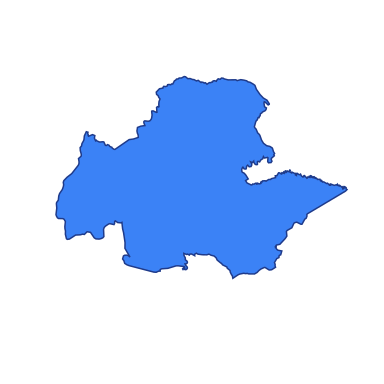 the district of Aketi, Orientale, Democratic Republic of the Congo, rotated 326°
{"feature_id": "63176286B77771623677962", "entity_name": "Aketi", "entity_type": "district", "adm_level": 2, "iso_a3": "COD", "parent_name": "Democratic Republic of the Congo", "parent_adm1": "Orientale", "projection": "robinson", "projection_center": [24.045, 2.924], "detail": "fine", "context": "isolated", "style": "filled", "palette": "blue", "viewbox_px": 384, "rotation_deg": 326, "n_neighbors": 0, "source": "geoboundaries", "source_scale": "gbopen_adm2", "svg_char_len": 6074}
<svg xmlns="http://www.w3.org/2000/svg" viewBox="0 0 384 384"><g transform="rotate(326 192 192)"><path d="M291.1,123.5L284.7,119.3L282.0,116.3L281.5,115.1L280.1,114.0L278.4,114.3L277.0,112.8L274.7,113.3L274.1,113.8L272.9,112.3L271.6,111.7L270.4,112.3L269.7,111.8L268.8,111.9L267.5,111.0L264.7,111.0L264.2,108.9L263.0,108.5L262.9,107.8L261.5,106.2L260.7,106.3L259.6,102.9L257.8,102.4L256.5,99.9L255.6,99.3L253.8,96.8L251.9,95.7L251.1,92.9L250.1,91.9L247.0,91.6L245.1,90.3L243.8,90.5L242.3,89.7L241.0,90.1L239.6,90.0L236.5,91.7L235.5,91.0L234.3,91.2L233.1,90.0L231.8,89.4L230.8,90.2L230.0,90.1L229.0,89.8L227.7,88.6L226.5,89.0L226.0,89.6L222.8,88.2L218.2,89.2L217.2,91.3L217.8,93.1L217.4,94.8L217.5,97.0L215.2,98.6L213.5,100.7L212.3,102.8L211.9,102.9L211.1,101.9L209.9,102.1L207.5,106.3L207.0,106.1L205.2,103.1L204.1,102.4L203.6,102.7L201.9,105.9L200.1,107.9L199.0,108.8L197.5,109.3L196.6,109.4L195.2,108.8L192.6,106.6L191.7,106.6L191.2,107.0L190.7,108.0L190.1,110.6L186.4,108.8L182.9,108.0L180.5,110.6L179.6,112.7L179.3,114.5L178.0,116.7L173.0,115.3L169.2,113.4L151.9,113.6L151.1,112.8L150.4,110.8L150.6,110.2L149.3,108.2L149.4,107.0L149.0,106.3L148.5,105.5L147.1,105.6L146.3,104.9L146.9,101.2L146.2,100.5L143.3,98.9L141.7,96.4L141.6,95.5L140.7,95.6L141.2,92.8L143.0,90.9L141.6,88.8L137.4,87.9L137.4,87.2L138.0,86.5L138.2,85.2L139.2,84.3L138.1,82.9L134.1,85.3L131.8,88.1L130.7,88.9L127.9,90.3L126.1,92.1L124.1,92.6L122.5,95.3L121.4,98.6L120.5,100.0L119.7,100.4L116.6,100.8L115.4,103.5L114.3,105.1L112.8,106.2L102.6,109.5L96.7,109.9L92.1,110.9L90.7,112.0L89.6,114.3L88.2,115.7L85.9,117.4L81.4,119.2L79.3,120.8L76.6,124.0L73.9,125.0L73.0,125.9L70.9,129.7L66.6,134.7L66.2,136.0L66.0,138.1L66.5,139.3L70.2,142.0L70.7,143.1L70.5,145.7L67.3,149.5L66.1,151.5L65.3,153.6L63.4,156.2L61.8,160.5L62.1,161.5L64.1,162.5L71.4,162.6L75.6,165.1L77.8,165.8L79.0,167.0L82.8,166.3L85.3,168.7L85.3,175.3L86.1,177.1L88.7,179.1L90.5,179.8L92.4,180.1L94.0,179.7L97.8,173.5L99.4,172.3L101.2,171.9L105.0,171.9L106.2,172.3L109.1,175.4L110.1,174.9L111.5,173.1L112.3,173.1L113.3,175.8L115.9,177.9L116.9,178.0L113.9,183.7L112.5,187.5L108.2,196.5L104.9,201.2L104.2,211.3L103.6,209.0L102.4,207.7L100.6,206.7L99.4,206.7L97.0,208.7L97.1,210.9L96.3,213.5L97.3,215.9L98.7,217.9L115.5,237.0L117.4,238.5L120.2,239.0L121.3,239.8L122.3,238.5L123.9,238.7L129.3,241.8L137.4,244.3L139.2,245.4L143.9,249.5L143.5,250.9L142.4,250.2L141.2,250.5L141.2,251.2L142.1,250.8L142.7,252.3L143.5,253.0L145.1,252.9L145.8,252.3L146.1,251.0L145.8,249.7L146.0,247.7L147.1,248.3L148.1,248.3L149.0,247.6L149.2,246.5L148.6,244.4L149.6,242.9L149.9,240.1L150.9,238.3L152.6,240.8L153.6,241.0L154.5,242.8L155.6,242.3L157.0,243.2L158.6,246.3L159.3,245.1L161.4,245.2L162.1,246.8L165.5,249.8L169.2,252.4L171.1,252.9L171.8,253.7L172.3,254.9L174.5,257.4L175.2,260.0L174.8,262.5L176.2,267.2L176.5,267.5L176.6,269.5L179.0,273.7L178.6,274.9L179.6,278.3L178.9,279.9L178.5,282.7L178.6,284.0L177.6,286.4L183.8,286.4L185.6,286.7L189.4,288.3L191.0,289.8L192.2,290.3L193.2,291.6L198.0,294.9L201.0,295.1L203.7,294.5L206.1,294.4L209.7,295.0L210.4,295.5L212.3,299.7L212.8,300.1L214.6,301.0L219.2,301.1L219.5,299.8L220.5,298.4L220.9,296.6L225.1,294.6L227.4,295.0L228.4,293.7L229.1,293.4L230.4,293.7L233.5,291.1L230.7,288.3L230.3,287.2L230.3,285.6L231.2,284.4L230.3,284.4L230.5,283.9L232.3,283.2L235.6,284.5L243.3,282.7L246.0,281.6L248.2,277.5L249.3,277.1L254.8,277.5L259.0,274.9L260.1,274.9L262.0,275.6L264.3,279.7L265.2,280.2L270.3,277.6L272.0,277.6L273.8,276.3L274.7,274.8L275.7,274.6L319.7,277.1L321.9,276.7L321.6,275.5L322.2,274.6L321.6,273.0L321.0,272.4L320.3,272.7L320.6,273.8L318.8,273.9L319.5,271.7L318.9,271.6L318.1,268.9L317.6,268.7L317.3,269.1L317.0,268.5L316.9,266.9L316.1,267.5L315.7,266.7L313.6,266.0L311.4,262.8L310.9,262.7L310.6,263.8L309.8,263.3L309.3,260.5L308.3,260.2L306.9,257.3L305.8,256.7L305.9,254.8L305.7,254.6L305.1,255.1L304.8,254.5L305.2,253.0L303.0,251.7L303.1,250.9L302.6,249.5L302.1,249.8L301.8,249.4L301.8,247.6L301.1,247.3L300.8,248.2L299.7,247.1L299.5,246.7L300.1,246.1L300.0,245.5L299.4,244.7L298.9,244.7L298.6,245.6L297.9,244.9L297.7,245.6L296.4,244.3L295.5,244.9L294.9,244.8L294.9,243.5L294.4,242.6L294.6,241.8L294.3,241.1L293.9,241.0L292.9,241.8L292.1,241.3L292.1,240.7L291.7,240.0L292.0,237.9L291.1,238.0L290.3,237.1L289.8,235.6L288.1,236.1L287.8,236.6L287.3,235.6L288.5,234.6L287.5,234.0L286.0,231.4L285.3,231.9L284.6,230.6L284.6,229.8L285.6,229.0L285.4,228.5L283.7,229.4L282.9,228.0L281.6,228.4L281.8,227.2L281.5,226.8L281.0,226.7L280.3,227.8L280.0,227.9L279.4,226.6L279.1,226.7L278.7,227.9L277.3,226.3L276.5,227.2L276.1,227.0L275.4,225.2L274.5,224.5L271.5,225.9L270.1,225.1L269.3,226.8L265.2,225.3L264.2,225.6L262.6,224.5L259.4,224.4L259.0,223.6L256.6,222.2L255.7,222.8L255.2,222.3L254.4,222.3L254.0,223.4L253.7,223.4L252.3,222.9L251.2,221.2L250.6,220.9L250.6,221.8L249.9,221.5L249.8,220.5L249.5,220.2L247.8,220.2L246.8,219.3L245.7,219.6L245.0,219.2L242.7,215.3L242.8,212.5L245.9,212.6L246.1,207.9L245.8,205.6L244.8,203.8L244.8,202.9L245.9,201.0L247.8,199.8L248.2,200.0L248.1,201.9L249.0,202.8L249.9,203.1L251.7,201.2L253.2,200.9L253.5,203.1L255.2,203.9L256.6,203.1L257.2,202.1L257.5,199.9L258.5,201.4L260.4,200.9L259.8,202.2L259.8,204.1L260.1,204.8L261.1,205.7L261.7,205.7L263.1,203.5L263.9,203.5L264.9,204.9L267.0,203.9L269.2,204.0L271.0,202.6L271.0,204.3L274.0,205.6L274.1,206.2L271.9,208.9L271.7,209.7L271.8,210.6L274.0,211.8L275.5,211.2L275.9,209.3L276.6,208.5L280.5,208.0L280.7,206.8L282.0,206.3L282.1,204.2L283.1,200.9L283.1,200.1L282.0,197.7L279.8,195.4L278.5,191.6L278.7,187.8L279.9,183.2L280.0,181.9L279.5,179.7L280.3,175.8L280.0,173.6L280.2,172.8L284.0,169.5L285.5,168.7L286.3,168.8L288.3,167.3L289.2,167.9L290.1,166.9L291.0,167.0L292.5,165.4L294.0,165.5L295.1,165.1L298.0,165.5L299.4,165.1L300.7,163.9L299.8,161.9L301.4,158.5L302.4,157.6L302.9,158.3L303.8,162.4L305.1,162.5L305.4,162.1L305.5,157.8L303.7,154.0L302.9,149.3L302.8,142.9L303.8,138.8L303.2,137.0L301.5,133.5L300.0,132.0L299.5,130.4L297.6,128.3L295.2,126.1L291.7,124.9L291.1,123.5Z" fill="#3b82f6" stroke="#1e3a8a" stroke-width="1.5"/></g></svg>